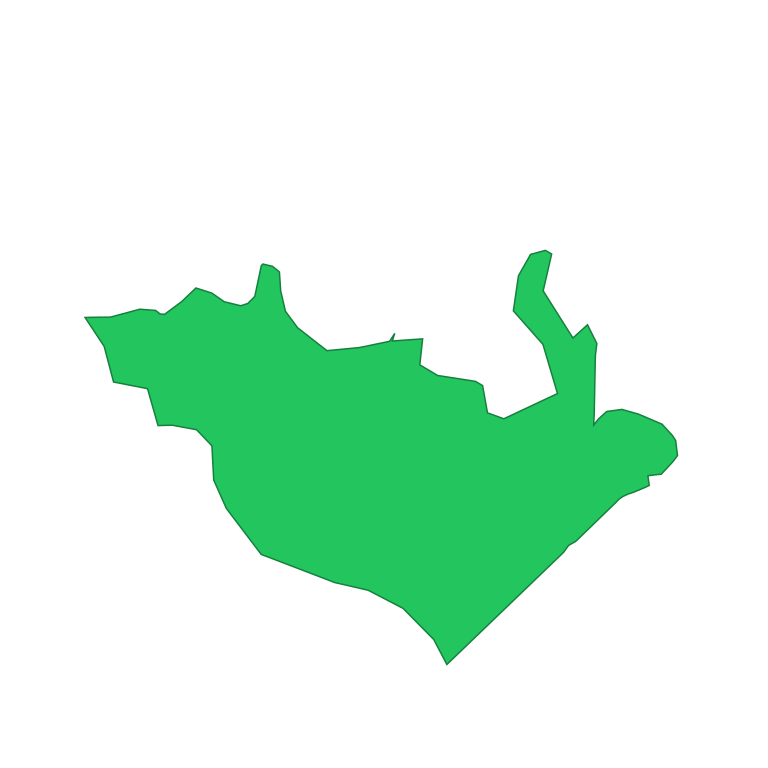 outline of Orleans, Louisiana, United States of America, rotated 222°
{"feature_id": "52423323B18472828692910", "entity_name": "Orleans", "entity_type": "district", "adm_level": 2, "iso_a3": "USA", "parent_name": "United States of America", "parent_adm1": "Louisiana", "projection": "natural_earth1", "projection_center": [-89.919, 30.033], "detail": "fine", "context": "isolated", "style": "filled", "palette": "green", "viewbox_px": 768, "rotation_deg": 222, "n_neighbors": 0, "source": "geoboundaries", "source_scale": "gbopen_adm2", "svg_char_len": 1251}
<svg xmlns="http://www.w3.org/2000/svg" viewBox="0 0 768 768"><g transform="rotate(222 384 384)"><path d="M409.9,428.8L408.4,419.5L426.6,394.7L448.7,370.6L485.9,368.0L505.9,372.1L523.1,384.1L536.7,397.3L545.7,396.8L554.3,392.1L554.3,389.7L538.6,362.6L539.1,352.7L542.8,346.3L557.8,338.2L572.7,336.4L588.0,329.5L589.5,309.9L593.7,288.9L597.3,286.2L602.9,285.9L615.5,276.2L632.0,250.7L646.8,237.1L650.7,233.4L617.1,224.7L586.3,204.5L556.6,222.3L524.1,201.9L513.9,211.6L492.7,224.6L470.5,222.9L446.3,198.7L417.8,186.0L361.2,175.2L287.7,203.5L257.8,220.1L219.7,230.0L176.0,227.4L149.6,217.6L137.9,379.0L138.8,387.5L136.2,395.5L134.2,425.0L132.4,451.2L132.3,455.5L131.3,459.9L129.3,464.9L126.1,470.5L120.4,482.7L119.0,486.1L126.5,492.4L122.1,497.5L117.6,502.5L117.3,519.5L118.0,527.2L129.5,537.2L135.1,538.7L150.5,540.2L174.7,531.9L190.2,524.3L200.1,512.6L201.2,501.6L200.9,496.8L200.7,493.8L205.3,499.4L209.0,503.9L237.6,536.9L242.3,542.3L246.3,547.1L252.9,556.5L272.4,564.2L274.4,544.6L328.0,559.7L346.4,592.8L353.5,591.3L361.8,578.4L356.5,554.4L336.8,524.9L292.4,519.8L248.7,493.0L271.7,438.3L287.8,431.8L309.7,448.8L317.7,447.2L349.9,426.2L370.2,422.2L385.5,443.4L406.6,421.5L409.9,428.8Z" fill="#22c55e" stroke="#15803d" stroke-width="1.5"/></g></svg>